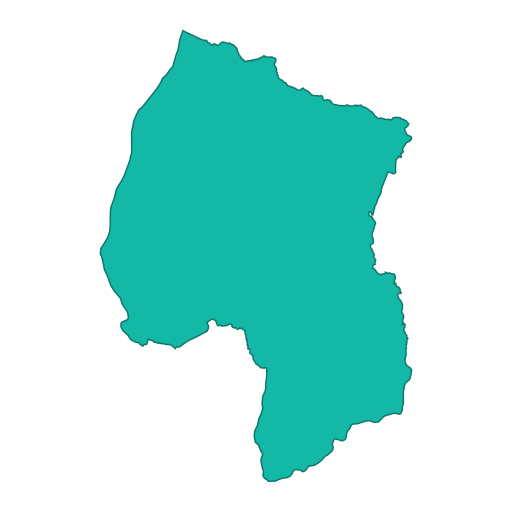 Sutamarchàn, Boyacá, Colombia (Robinson projection)
{"feature_id": "7082276B91786525694715", "entity_name": "Sutamarchàn", "entity_type": "district", "adm_level": 2, "iso_a3": "COL", "parent_name": "Colombia", "parent_adm1": "Boyacá", "projection": "robinson", "projection_center": [-73.611, 5.636], "detail": "fine", "context": "isolated", "style": "filled", "palette": "teal", "viewbox_px": 512, "rotation_deg": 0, "n_neighbors": 0, "source": "geoboundaries", "source_scale": "gbopen_adm2", "svg_char_len": 6038}
<svg xmlns="http://www.w3.org/2000/svg" viewBox="0 0 512 512"><path d="M408.7,123.5L407.3,122.8L406.3,121.0L405.0,120.7L404.3,119.8L401.7,119.1L399.8,117.5L398.5,117.7L395.9,117.3L393.0,118.0L392.4,118.5L392.0,119.4L391.1,120.0L388.4,119.2L386.2,119.7L383.8,118.7L382.4,118.7L380.9,117.8L379.5,118.6L378.0,118.4L375.0,115.9L372.0,111.9L369.1,110.4L368.3,109.3L365.2,107.4L362.6,107.0L361.5,105.3L360.6,105.2L358.9,105.6L358.0,105.3L357.2,106.1L355.3,105.0L354.6,105.6L352.0,106.2L349.2,105.8L347.4,104.9L344.9,105.7L342.7,105.8L341.3,105.5L339.0,105.6L336.0,104.7L333.3,104.5L329.9,100.2L327.2,99.8L324.2,100.5L323.0,99.2L322.6,96.9L321.4,95.6L319.5,96.2L317.9,95.6L315.5,95.9L311.5,94.9L308.8,91.8L306.3,90.3L304.4,89.7L303.3,88.2L302.6,88.2L299.7,90.3L297.4,90.0L295.3,88.3L294.4,88.3L293.0,87.2L291.8,87.3L290.5,86.4L287.8,85.9L285.7,82.7L283.8,82.3L282.5,80.4L280.6,79.8L278.7,78.0L278.0,76.7L278.0,75.4L277.0,74.3L277.2,72.6L276.1,71.0L276.6,70.1L276.4,68.3L275.6,66.8L274.1,65.2L274.3,63.9L275.8,61.0L275.7,58.8L275.0,58.3L271.8,57.0L268.4,57.2L267.5,56.9L265.7,57.2L265.2,56.3L263.8,55.8L261.7,57.3L259.2,58.2L258.5,59.4L256.3,59.1L254.2,60.0L252.1,59.9L251.0,60.8L248.7,60.6L245.0,61.7L243.6,59.9L241.6,58.5L239.8,55.7L238.8,54.9L238.5,53.0L237.4,51.2L236.9,48.5L235.1,46.6L234.1,46.2L233.4,44.6L232.2,44.8L229.7,43.0L228.0,43.5L224.8,42.4L222.3,42.1L220.1,43.5L219.3,44.9L217.9,45.4L216.9,45.3L216.6,44.7L215.9,44.8L214.7,43.8L213.3,44.0L212.6,45.0L211.3,45.1L209.9,43.4L208.2,42.9L206.4,40.3L204.6,40.5L201.5,39.6L182.8,30.7L179.8,39.9L178.1,49.6L175.8,55.8L172.9,66.4L170.1,69.7L166.2,75.0L162.6,78.2L160.8,82.4L156.7,88.9L142.0,107.4L138.8,109.8L135.0,117.9L133.7,121.4L131.6,132.4L131.7,153.2L130.6,156.2L130.2,159.3L124.4,175.3L122.1,179.9L116.5,189.0L114.2,198.3L110.8,207.7L110.4,211.3L110.2,225.3L109.8,231.2L107.7,237.5L102.7,245.9L100.8,248.3L100.4,254.6L101.4,255.9L102.8,260.9L104.4,269.6L107.4,275.8L110.9,285.5L114.1,290.8L120.4,298.2L122.5,304.7L127.2,311.4L127.6,312.5L128.5,317.8L127.7,319.2L126.5,320.2L122.9,321.6L121.5,322.6L121.0,323.8L121.0,326.7L122.7,330.4L128.0,335.3L130.7,339.6L135.6,342.1L138.5,342.6L140.1,344.4L142.1,345.7L143.0,346.0L143.2,345.1L144.1,344.4L145.9,344.5L146.7,344.2L148.2,339.1L153.3,341.1L154.3,342.3L155.7,342.1L157.1,343.0L160.6,343.3L162.5,343.9L163.7,343.4L165.2,344.4L166.8,344.3L167.5,344.6L168.7,344.2L169.4,344.8L171.1,344.9L171.9,345.3L172.5,346.3L173.6,346.7L174.1,347.5L174.8,347.8L175.2,348.6L176.4,347.0L179.5,346.9L187.8,340.9L198.8,335.6L207.1,331.1L208.3,328.3L208.6,326.3L207.3,323.4L206.7,322.7L211.5,319.2L213.2,319.1L215.0,320.5L216.1,320.8L216.4,322.9L217.7,325.6L218.8,325.7L220.7,325.1L221.6,326.1L226.4,325.6L227.5,325.4L228.4,324.3L229.7,324.4L230.9,323.8L231.8,324.8L232.0,326.5L232.7,327.4L233.4,327.2L234.9,328.1L236.5,327.9L237.2,329.1L238.0,329.4L239.7,328.0L240.9,328.6L241.8,328.2L242.8,329.5L244.6,330.2L245.0,331.1L245.1,333.8L246.0,335.5L245.9,336.6L246.4,338.0L246.0,339.0L246.8,339.7L246.7,341.1L247.5,343.7L247.2,344.5L247.6,344.9L247.6,346.0L248.3,347.2L247.8,348.7L248.3,349.1L250.1,349.3L249.9,353.1L252.8,355.6L253.2,358.9L253.6,360.1L254.9,361.7L255.7,363.6L258.1,365.2L260.9,367.7L264.1,368.1L265.6,367.7L266.6,368.1L266.9,374.4L265.8,383.3L265.8,388.2L265.0,391.6L263.6,394.2L262.6,397.1L262.1,403.6L262.8,408.0L262.3,410.3L261.3,413.5L259.0,418.4L257.5,425.3L254.8,430.8L254.2,435.4L254.6,438.6L255.5,442.4L258.4,444.9L260.8,450.9L262.8,454.2L261.4,458.0L261.0,461.1L262.5,468.4L263.6,471.5L263.0,474.9L263.2,476.4L265.0,478.6L267.0,479.7L268.4,481.3L275.5,481.0L278.3,479.6L282.2,478.3L287.0,477.6L290.0,476.3L292.0,473.8L293.5,470.8L294.8,469.6L300.8,470.0L302.0,471.6L303.8,471.4L306.0,470.0L308.0,466.8L308.8,466.2L314.5,465.2L318.2,463.0L321.3,460.5L325.1,456.2L327.8,454.9L331.8,451.2L332.6,450.0L333.3,447.8L332.3,445.1L332.6,443.6L333.6,440.2L334.6,439.0L335.5,438.8L341.5,440.7L342.8,440.7L344.6,439.9L345.4,439.1L346.0,437.7L346.7,433.2L347.4,431.4L350.2,428.0L350.6,426.2L352.2,424.4L353.0,424.0L357.1,423.8L364.6,421.4L368.4,420.6L370.7,421.0L374.3,422.4L378.5,421.9L383.4,416.8L385.2,415.8L394.1,413.1L399.9,414.2L401.0,413.1L402.2,410.2L402.4,407.1L403.4,402.9L403.4,391.4L404.7,384.8L405.6,382.8L409.2,379.8L410.1,378.2L410.9,374.8L411.6,370.3L411.2,369.2L409.5,367.3L407.0,365.8L405.5,363.3L404.9,360.6L405.6,356.0L406.2,355.1L405.8,350.8L406.4,347.7L406.1,345.6L406.6,344.5L406.5,343.0L407.0,342.2L406.6,340.4L407.9,338.6L406.8,337.3L406.9,335.8L406.0,334.7L403.9,330.4L403.9,328.7L404.6,327.5L405.1,325.0L404.6,323.9L403.9,323.5L403.4,323.7L402.7,324.7L402.0,324.3L403.0,322.8L402.7,320.2L403.7,316.9L403.4,315.0L401.6,312.0L401.6,310.9L402.4,309.2L402.4,304.5L401.0,301.1L398.9,298.7L397.5,295.1L398.2,293.5L400.8,293.4L401.2,292.9L400.2,291.2L400.2,289.9L399.1,287.6L397.9,286.9L396.3,286.4L395.8,283.5L394.4,283.9L393.8,283.3L394.7,281.9L394.2,280.0L394.9,279.4L395.4,278.2L395.1,275.7L394.1,274.0L391.5,273.8L389.7,273.0L388.0,273.2L385.4,272.3L385.6,273.3L385.2,273.6L382.1,274.1L381.3,274.5L379.5,274.4L377.6,273.2L376.4,272.0L375.6,270.3L374.6,269.1L373.0,268.2L372.9,266.2L373.2,264.7L375.2,264.3L374.6,262.9L375.4,261.5L375.7,259.9L373.7,257.3L373.6,256.3L374.3,254.8L374.3,254.1L373.2,252.9L372.3,249.9L370.5,247.3L370.2,246.3L370.6,245.3L371.8,244.0L372.9,243.4L373.3,242.5L373.4,239.8L371.9,235.3L372.0,234.0L374.1,228.1L374.4,226.0L375.6,223.5L375.1,222.0L372.7,218.7L371.9,216.8L369.3,215.8L368.6,213.0L369.0,212.3L370.7,211.8L372.0,214.8L372.3,215.1L372.7,214.9L373.6,212.1L373.7,210.0L374.4,209.0L374.9,205.8L376.3,203.8L377.8,199.0L380.2,194.7L381.0,192.6L381.7,187.9L388.1,171.7L393.3,173.8L394.0,173.7L395.8,172.4L395.5,171.2L395.6,163.4L396.3,159.5L397.5,158.3L398.7,156.3L399.4,156.4L400.2,157.5L401.1,157.1L401.2,155.8L400.8,153.8L402.8,152.5L403.3,151.2L402.7,150.7L402.5,150.1L403.0,147.8L406.5,142.7L409.9,141.0L411.3,139.2L411.5,138.0L411.2,137.0L409.8,136.0L407.7,135.3L406.7,134.5L404.6,129.5L404.8,128.3L407.8,126.0L408.7,123.5Z" fill="#14b8a6" stroke="#0f766e" stroke-width="1.5"/></svg>